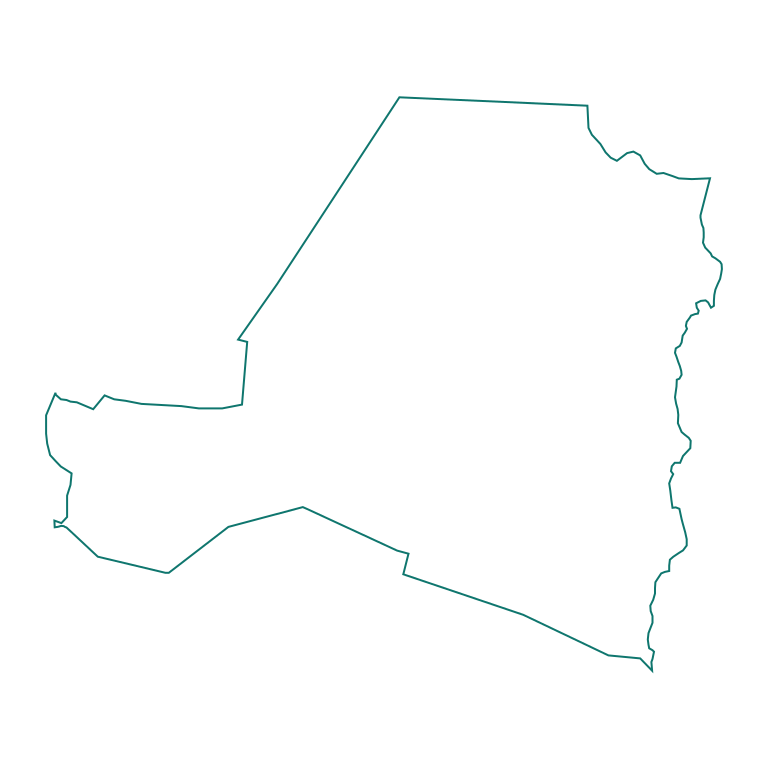 Tampin, Negeri Sembilan, Malaysia
{"feature_id": "92858781B76684976870525", "entity_name": "Tampin", "entity_type": "district", "adm_level": 2, "iso_a3": "MYS", "parent_name": "Malaysia", "parent_adm1": "Negeri Sembilan", "projection": "equal_earth", "projection_center": [102.507, 2.55], "detail": "fine", "context": "isolated", "style": "outline", "palette": "teal", "viewbox_px": 768, "rotation_deg": 0, "n_neighbors": 0, "source": "geoboundaries", "source_scale": "gbopen_adm2", "svg_char_len": 2221}
<svg xmlns="http://www.w3.org/2000/svg" viewBox="0 0 768 768"><path d="M277.3,283.8L238.1,339.6L247.2,341.9L242.0,404.6L222.2,408.4L211.9,408.4L198.9,408.4L181.3,406.1L141.5,403.9L125.6,400.8L114.2,399.3L104.6,395.4L93.2,409.2L76.8,402.3L70.5,401.6L66.5,400.0L60.9,399.3L55.7,394.7L55.5,392.8L46.1,415.3L46.1,423.0L46.1,433.7L47.2,443.6L50.1,455.1L55.7,461.2L60.8,466.5L71.6,473.4L70.5,484.9L67.1,495.6L67.1,507.8L67.1,517.0L61.4,523.1L54.4,520.6L54.7,527.3L57.6,526.9L59.2,526.5L61.0,525.9L63.7,526.1L64.9,526.9L66.5,527.5L97.8,556.7L165.4,572.8L168.8,572.8L228.4,526.9L302.8,507.1L306.9,508.9L397.1,550.6L408.5,553.7L403.3,574.3L523.2,614.8L608.4,655.4L640.2,658.4L652.1,670.7L651.4,662.0L652.5,659.0L654.0,651.7L652.5,650.2L649.2,648.3L648.5,644.8L647.8,639.5L648.5,633.1L650.0,629.2L652.5,622.8L652.5,616.0L650.7,611.1L650.3,605.7L653.2,599.8L655.0,593.5L655.0,588.1L655.4,582.2L657.6,578.8L661.2,573.4L664.9,571.9L669.2,571.0L669.2,565.6L669.9,559.7L673.2,556.8L679.0,552.9L683.0,550.4L686.7,545.5L686.7,539.2L685.2,532.3L682.8,523.7L681.6,519.1L679.4,508.8L675.8,507.4L672.5,507.8L671.4,500.0L670.3,490.7L669.2,483.4L671.0,478.5L673.2,474.1L671.0,471.2L671.8,466.3L674.7,462.8L676.9,462.8L680.1,462.8L683.0,456.0L690.3,448.2L690.7,440.8L688.8,437.9L684.5,434.5L681.6,432.0L677.9,423.2L678.3,414.9L677.6,409.0L676.1,403.6L675.0,397.3L676.5,386.5L676.8,379.7L679.4,378.7L681.6,374.8L681.2,370.9L679.8,366.0L678.3,362.1L676.5,356.7L675.0,352.8L675.8,348.4L679.8,345.9L681.6,342.5L682.7,335.6L684.8,332.7L687.0,328.8L685.9,325.9L686.7,321.9L689.9,317.5L691.0,315.6L695.0,314.1L697.9,313.6L698.7,310.7L696.8,307.7L696.1,303.3L700.8,300.9L705.6,300.4L708.1,302.4L711.0,307.7L713.9,305.8L713.9,300.9L714.3,295.0L715.4,289.6L717.6,284.3L720.1,278.9L721.2,273.5L721.9,269.1L721.6,264.2L720.1,261.8L715.4,258.3L712.1,256.4L710.7,253.4L705.2,247.6L703.0,242.7L703.7,237.3L703.7,232.4L703.4,228.0L701.9,224.6L700.5,217.7L700.5,215.3L710.0,178.3L691.9,179.1L678.8,178.4L672.6,176.1L663.5,173.0L656.7,173.8L649.3,169.2L644.7,163.8L640.2,155.4L633.4,151.6L627.1,153.1L616.9,160.8L610.7,157.7L605.6,152.4L600.4,144.0L591.9,134.8L588.5,127.9L587.4,105.7L399.4,97.3L277.3,283.8Z" fill="none" stroke="#0f766e" stroke-width="2"/></svg>